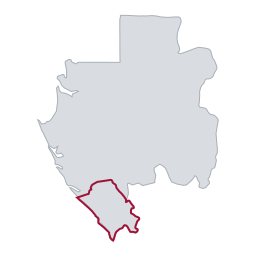 where Nyanga sits in Gabon
{"feature_id": "GAB-2623", "entity_name": "Nyanga", "entity_type": "Province", "adm_level": 1, "iso_a3": "GAB", "parent_name": "Gabon", "parent_adm1": "", "projection": "natural_earth1", "projection_center": [11.138, -3.095], "detail": "fine", "context": "in_parent", "style": "outline", "palette": "rose", "viewbox_px": 256, "rotation_deg": 0, "n_neighbors": 0, "source": "natural_earth", "source_scale": "10m", "svg_char_len": 4916}
<svg xmlns="http://www.w3.org/2000/svg" viewBox="0 0 256 256"><path d="M181.1,20.4L180.9,23.0L178.5,29.1L177.3,33.9L177.0,39.0L177.7,43.1L178.9,46.0L179.7,49.1L179.1,51.4L177.9,52.3L178.7,53.4L180.5,53.7L183.6,52.7L188.3,51.0L194.5,48.6L198.5,47.3L205.2,48.1L208.8,49.0L210.6,50.7L212.6,58.0L213.6,59.1L215.2,62.2L216.6,65.9L216.9,67.8L216.7,69.2L215.4,71.2L213.8,74.2L213.3,75.9L212.0,77.3L210.4,78.6L205.9,79.1L205.2,79.9L204.0,83.0L201.6,85.7L200.5,88.2L199.6,91.6L199.7,95.8L199.3,101.8L198.8,105.8L200.0,107.2L205.3,108.2L206.4,109.0L207.8,111.6L209.6,113.9L214.5,115.4L216.4,117.2L218.0,119.2L218.2,120.8L217.0,127.3L216.0,133.6L216.4,138.3L216.8,142.9L217.4,149.5L217.1,153.6L215.7,156.0L215.7,158.0L216.4,160.3L215.1,166.7L214.3,167.8L212.1,169.0L211.0,170.8L210.6,173.5L209.4,177.2L208.2,178.6L208.2,180.3L209.4,181.6L209.4,183.5L207.2,185.8L205.9,187.6L202.9,188.4L199.6,187.5L198.8,186.2L199.6,184.2L199.4,182.6L198.2,180.9L196.4,176.6L194.8,175.7L194.0,177.5L191.2,180.8L186.4,185.0L183.1,185.3L176.9,184.0L171.7,182.0L169.2,177.1L167.7,173.0L165.5,168.2L163.0,166.0L160.3,164.5L159.2,164.4L155.4,167.1L154.2,168.1L154.2,170.3L154.6,172.4L155.2,173.4L155.7,174.7L155.6,176.8L154.9,179.6L154.7,182.6L142.7,185.6L140.7,184.5L139.2,183.1L137.4,183.4L132.2,185.0L130.3,183.9L128.4,183.1L127.6,183.7L127.5,185.0L128.4,192.2L128.1,194.9L126.9,198.5L126.3,200.9L129.5,201.6L130.6,202.7L131.7,204.5L133.2,206.2L133.3,207.2L131.6,209.1L131.0,211.4L131.8,213.2L134.0,215.1L137.1,217.0L138.7,218.3L138.5,219.5L137.1,222.0L136.5,224.1L135.5,226.0L135.7,227.8L137.1,229.4L137.0,230.9L136.0,232.0L134.1,231.7L132.4,231.9L130.9,231.4L126.3,225.8L125.3,225.6L118.5,230.0L116.8,231.8L115.5,234.3L113.6,239.9L110.5,236.7L107.9,230.7L104.8,227.1L98.3,221.2L96.6,216.8L89.2,207.3L78.5,197.7L70.8,189.4L69.7,187.6L71.0,187.8L78.4,191.9L79.4,191.5L80.3,190.6L77.0,188.4L74.0,186.7L71.1,185.6L68.2,185.7L66.6,184.0L65.6,181.3L65.0,179.0L63.8,176.6L59.7,171.7L58.7,169.8L56.4,167.2L57.8,166.9L62.2,169.3L62.6,168.4L62.2,166.9L57.8,164.5L55.4,164.4L54.9,162.7L55.2,160.8L52.0,153.6L48.8,148.3L48.2,145.7L57.1,157.4L58.2,157.6L59.8,157.5L63.4,156.2L62.7,154.6L61.1,153.0L59.5,153.7L57.4,153.9L56.3,153.2L55.9,152.0L57.9,146.3L57.0,146.6L56.4,147.6L55.2,148.1L53.5,148.4L49.1,145.4L45.3,137.2L44.3,135.5L43.3,132.6L42.2,131.5L37.8,119.8L39.5,120.7L41.5,124.1L45.4,123.4L47.0,121.4L48.3,121.5L49.6,121.0L51.4,119.2L56.4,111.2L57.7,100.6L57.3,94.3L56.5,88.1L58.2,86.1L58.8,87.4L59.2,89.6L59.9,91.2L61.7,92.7L65.0,93.1L70.1,95.4L72.0,96.9L72.5,94.0L78.4,91.4L76.6,90.5L71.3,91.5L64.2,87.8L61.8,85.4L59.6,80.9L57.2,78.6L57.4,76.4L62.6,74.5L63.9,74.7L64.5,77.0L65.9,78.0L66.4,77.7L66.6,75.7L66.6,70.3L65.1,62.7L65.5,61.2L67.0,60.7L68.2,59.7L69.1,59.5L70.8,59.7L71.7,61.5L72.2,62.4L74.0,62.9L75.4,63.8L76.7,63.6L77.7,62.5L79.2,62.2L83.9,62.3L88.2,62.3L96.6,62.3L105.1,62.3L113.6,62.4L120.0,62.4L120.0,58.0L119.9,51.3L119.9,43.3L119.9,35.7L119.8,28.6L119.8,20.2L120.1,17.8L120.6,16.8L120.4,15.4L127.0,15.4L138.9,16.0L144.0,15.9L145.5,16.0L152.0,15.6L157.3,16.1L159.5,16.7L161.5,17.0L167.8,17.4L176.0,16.9L178.8,17.0L180.4,18.2L181.1,20.4Z" fill="#d9dde1" stroke="#a8b0b8" stroke-width="1"/><path d="M126.2,199.8L125.9,201.1L126.1,202.0L126.6,201.9L127.9,200.9L128.8,200.6L129.4,200.8L129.9,201.5L131.0,203.3L133.4,206.2L133.8,207.0L133.8,207.8L133.0,208.3L132.3,208.4L131.9,208.4L131.6,208.6L131.2,209.5L131.0,210.1L131.0,212.6L130.9,212.8L131.0,213.0L131.2,213.3L131.5,213.5L133.3,214.4L133.9,214.8L135.2,216.0L136.3,216.6L137.8,217.1L139.0,217.8L139.3,218.9L138.9,219.7L137.6,220.9L137.1,221.7L135.4,226.6L135.3,227.4L135.6,228.2L136.2,228.6L137.0,228.9L137.6,229.3L137.8,230.0L137.5,230.9L137.0,231.6L136.3,232.2L135.8,232.4L135.7,232.5L135.1,232.5L133.3,231.9L132.7,231.8L131.0,232.0L130.3,231.8L129.8,231.1L127.3,226.5L126.1,225.5L124.6,225.2L123.7,225.9L123.1,227.0L122.4,228.0L121.3,228.5L120.0,228.8L119.0,229.5L118.0,230.4L117.0,231.2L116.2,232.0L115.6,233.1L113.6,239.6L113.1,240.6L112.5,240.2L111.7,239.6L110.2,237.8L109.7,235.5L109.4,234.8L109.2,234.2L109.1,233.4L109.1,232.6L108.4,231.8L107.4,230.9L103.5,227.1L98.5,223.1L98.2,221.5L98.3,220.9L98.5,220.3L98.6,219.5L98.5,218.8L98.2,218.1L97.7,217.7L97.0,217.2L96.1,216.4L95.6,216.1L95.5,215.4L94.3,213.9L93.9,213.4L93.3,212.7L92.5,211.6L89.2,208.4L85.2,204.8L83.6,203.3L79.5,199.9L77.7,198.1L77.1,197.6L78.3,197.2L87.6,194.1L88.2,194.1L88.5,194.0L88.8,193.4L88.9,193.0L89.2,191.5L89.3,191.1L89.5,190.7L89.8,190.3L90.4,189.9L90.8,189.8L91.1,189.7L91.3,189.5L91.3,189.2L90.8,188.2L90.8,187.8L90.8,187.4L91.0,187.0L91.4,186.4L91.7,185.5L92.8,184.4L97.3,181.9L110.8,179.9L111.2,180.0L111.6,180.2L111.9,180.5L112.1,180.8L112.3,181.2L112.4,181.6L112.5,181.9L112.5,182.3L112.7,182.6L113.0,182.9L115.5,184.7L115.8,185.1L115.9,185.4L116.5,187.9L116.7,188.2L117.3,188.9L119.1,191.2L121.5,193.5L124.0,196.5L126.2,199.8L126.2,199.8Z" fill="none" stroke="#9f1239" stroke-width="2"/></svg>